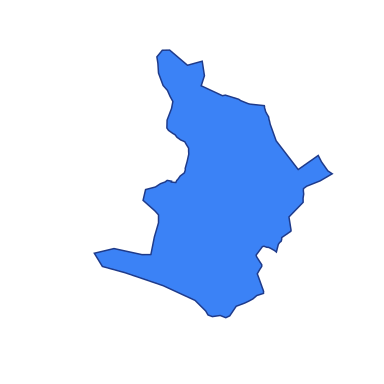 outline of Nguru, Yobe, Nigeria, rotated 226°
{"feature_id": "59680162B38485988708032", "entity_name": "Nguru", "entity_type": "district", "adm_level": 2, "iso_a3": "NGA", "parent_name": "Nigeria", "parent_adm1": "Yobe", "projection": "albers", "projection_center": [10.371, 12.983], "detail": "fine", "context": "isolated", "style": "filled", "palette": "blue", "viewbox_px": 384, "rotation_deg": 226, "n_neighbors": 0, "source": "geoboundaries", "source_scale": "gbopen_adm2", "svg_char_len": 1848}
<svg xmlns="http://www.w3.org/2000/svg" viewBox="0 0 384 384"><g transform="rotate(226 192 192)"><path d="M70.9,174.5L71.0,174.5L71.3,174.7L71.7,174.9L72.5,175.3L73.7,175.8L74.6,176.2L75.9,176.8L85.2,181.0L87.8,182.1L89.2,186.9L90.0,190.4L91.1,191.6L100.2,193.4L101.7,194.0L102.1,194.4L102.4,196.4L103.8,204.7L103.0,206.1L100.3,207.4L99.0,208.6L96.9,209.4L92.6,210.7L90.2,211.0L94.4,217.8L94.8,220.1L94.6,221.8L95.4,223.3L96.9,224.9L95.3,234.6L95.1,235.4L95.1,235.6L95.3,235.6L95.3,235.8L95.4,236.0L95.4,236.3L95.7,236.7L106.7,244.4L107.4,264.8L110.4,267.6L112.9,270.9L115.6,273.0L117.0,274.6L116.5,278.5L111.0,291.9L107.7,305.5L112.8,304.4L123.8,306.1L130.6,308.2L134.4,284.0L170.4,288.1L181.7,293.2L186.4,295.3L189.3,297.1L190.7,297.8L192.8,299.3L196.2,300.1L198.7,300.8L200.9,302.1L202.0,302.5L203.3,303.7L203.9,304.0L215.0,294.7L216.7,293.7L223.9,290.5L226.3,290.0L238.5,283.3L240.1,280.8L262.0,272.4L267.0,281.7L279.0,290.2L286.3,276.8L309.6,274.5L314.6,269.1L313.6,260.6L308.3,256.9L300.8,250.5L288.7,245.2L282.2,244.9L275.9,242.6L270.4,241.1L266.3,235.3L261.0,224.0L255.5,218.4L252.7,217.9L250.0,218.4L247.4,218.9L245.0,219.6L241.7,219.2L239.7,219.6L237.3,220.0L235.2,220.9L233.1,221.7L230.9,221.1L228.2,220.5L225.9,220.0L223.7,217.9L221.5,216.0L217.4,209.8L213.7,203.5L212.5,202.5L211.1,199.8L211.7,194.6L211.0,191.0L210.9,189.0L210.1,186.9L213.5,184.0L214.0,184.8L217.6,182.2L217.9,179.6L219.9,175.1L221.0,169.2L226.0,160.3L220.0,151.0L204.1,152.2L198.8,152.0L193.1,146.5L185.8,133.7L175.6,119.0L175.6,118.9L181.7,112.5L205.5,96.6L215.8,79.2L200.7,75.8L180.2,87.9L144.6,106.2L111.9,118.9L96.9,119.2L92.4,118.1L88.2,120.1L83.6,126.5L78.1,129.0L76.7,133.1L79.1,144.4L75.4,153.0L74.0,157.2L72.8,161.5L72.5,166.7L69.4,173.0L69.9,173.5L70.2,173.7L70.4,174.0L70.7,174.4L70.9,174.5Z" fill="#3b82f6" stroke="#1e3a8a" stroke-width="1.5"/></g></svg>